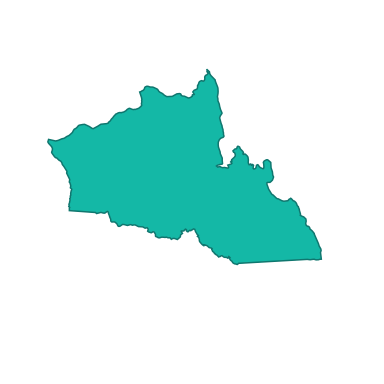 outline of Abangares, Guanacaste, Costa Rica, rotated 224°
{"feature_id": "36466004B17800837418236", "entity_name": "Abangares", "entity_type": "district", "adm_level": 2, "iso_a3": "CRI", "parent_name": "Costa Rica", "parent_adm1": "Guanacaste", "projection": "orthographic", "projection_center": [-85.008, 10.251], "detail": "fine", "context": "isolated", "style": "filled", "palette": "teal", "viewbox_px": 384, "rotation_deg": 224, "n_neighbors": 0, "source": "geoboundaries", "source_scale": "gbopen_adm2", "svg_char_len": 6133}
<svg xmlns="http://www.w3.org/2000/svg" viewBox="0 0 384 384"><g transform="rotate(224 192 192)"><path d="M245.7,110.2L243.3,114.1L241.2,115.2L240.1,116.2L239.9,116.8L239.6,118.7L239.2,119.4L238.5,119.4L237.0,118.5L234.4,117.3L234.2,117.0L231.7,116.0L230.7,115.1L229.9,114.6L228.9,114.7L227.0,116.6L226.0,116.9L223.7,116.9L221.9,116.2L221.1,116.2L220.4,116.8L220.0,117.5L219.4,120.5L218.1,121.5L215.2,123.1L213.8,125.5L213.2,126.2L212.4,126.4L211.8,126.7L211.4,127.2L211.1,127.8L209.9,128.9L206.5,129.9L203.2,132.7L200.6,133.4L199.5,135.1L198.9,135.1L197.7,134.8L197.3,134.3L196.7,133.0L196.2,133.0L195.3,133.2L193.1,134.3L192.8,134.7L192.5,136.3L191.7,136.8L191.0,136.8L188.9,136.2L187.6,134.9L186.8,134.9L185.9,135.4L184.7,135.6L184.2,135.9L183.4,136.6L182.4,138.5L180.8,139.9L179.8,140.6L179.1,141.7L177.4,142.4L176.1,143.8L174.0,143.6L173.5,145.3L172.4,146.4L169.5,147.7L169.2,151.6L170.4,153.2L170.1,155.6L172.0,156.0L172.6,156.3L172.6,156.5L171.5,157.5L170.8,158.5L171.1,159.5L170.9,160.8L170.1,161.0L169.5,160.9L169.3,160.2L167.8,160.2L167.2,160.6L167.1,162.6L166.9,162.9L166.0,163.3L166.0,164.1L165.6,164.7L165.3,166.4L164.1,167.1L161.8,165.9L160.6,165.7L159.4,165.2L157.2,165.1L157.3,163.9L155.6,164.0L155.2,163.8L153.6,162.8L152.8,162.0L151.9,161.6L149.1,161.3L147.6,161.3L146.1,161.6L146.1,161.8L146.8,162.3L146.1,162.9L145.4,163.0L144.5,163.6L143.5,163.9L141.2,163.9L138.8,165.2L138.2,165.2L138.1,164.6L137.8,164.3L136.8,164.1L136.0,163.6L134.1,163.8L133.0,163.3L132.5,163.7L131.6,163.5L130.3,163.9L127.6,163.8L127.4,164.5L126.8,165.4L126.7,166.4L126.1,167.1L124.3,167.2L123.4,167.5L122.6,168.1L122.2,168.8L120.5,169.2L120.7,171.2L119.1,171.2L119.1,170.1L118.5,170.1L117.0,169.7L114.9,169.9L113.8,169.5L112.9,169.5L111.5,169.9L110.5,170.6L109.2,171.2L109.0,171.4L108.9,173.1L62.3,223.6L59.9,225.4L58.0,227.9L57.1,228.7L56.4,228.9L55.5,229.5L53.9,231.2L53.4,232.3L52.3,233.5L57.6,237.8L58.4,239.5L59.7,240.5L63.1,241.5L65.2,242.7L74.7,246.6L75.3,247.1L78.3,247.5L81.6,247.4L82.4,248.0L83.8,248.3L84.4,248.2L85.1,247.5L87.1,247.5L88.4,248.4L89.6,250.3L91.3,251.7L94.3,251.7L96.5,250.8L98.0,250.5L98.3,251.2L98.8,251.6L101.8,253.3L103.0,254.2L104.0,254.5L105.3,255.3L106.8,255.3L108.6,256.2L110.0,256.6L111.9,256.6L113.2,256.0L115.4,256.2L116.6,256.1L116.7,255.2L117.1,254.5L117.0,252.3L119.5,249.2L121.2,248.2L125.2,247.0L126.0,246.4L126.8,246.2L131.6,246.2L132.5,245.9L133.5,245.9L138.9,247.3L142.4,249.1L143.5,249.6L144.5,250.7L144.3,251.4L142.6,253.1L142.4,254.6L142.4,256.5L143.6,259.2L144.3,259.8L145.3,260.0L145.8,260.4L148.2,262.4L151.9,264.3L155.9,268.0L159.6,267.8L160.4,267.4L160.9,266.7L161.6,264.5L161.3,262.9L159.7,261.8L157.7,260.0L157.0,259.0L156.9,258.4L157.4,257.9L159.9,257.0L161.4,257.0L162.9,257.4L163.7,257.3L164.2,256.1L162.8,253.8L162.8,253.1L163.0,252.1L163.8,251.4L164.3,251.4L164.8,251.9L165.6,252.8L166.2,253.9L166.5,254.0L167.5,253.9L167.5,253.2L167.7,252.5L168.0,252.5L168.6,252.9L169.1,253.0L169.4,252.7L169.8,251.3L170.8,251.5L172.2,252.4L173.7,254.2L176.0,256.0L177.4,256.3L179.4,256.3L180.4,256.1L180.9,254.9L181.7,254.7L181.9,254.8L182.4,256.1L183.6,256.5L187.2,256.6L189.0,257.4L190.3,257.1L190.9,256.6L190.8,255.7L190.1,254.5L190.0,254.1L191.0,252.7L191.1,250.0L189.7,249.5L189.1,249.8L188.4,249.8L186.8,248.9L186.0,248.0L185.8,247.4L185.7,246.3L185.9,242.8L185.6,242.4L184.7,241.9L184.7,241.6L185.2,241.2L185.1,240.5L183.8,240.6L183.2,240.3L183.2,239.6L183.5,238.9L184.9,236.2L183.6,235.7L182.7,235.1L182.7,234.4L182.9,234.0L185.7,232.2L186.8,230.8L188.6,229.9L189.6,229.8L190.8,227.8L192.5,227.7L192.4,228.6L191.0,231.3L189.7,232.9L189.8,233.7L192.4,235.9L193.8,237.4L198.2,239.2L199.7,240.4L204.2,242.7L206.0,244.2L207.7,246.1L208.6,248.4L208.7,250.4L208.2,251.7L207.6,252.9L207.6,253.6L207.8,254.4L209.5,255.4L210.4,256.4L211.9,257.3L212.9,258.3L215.3,259.6L216.4,260.5L218.8,261.6L223.6,264.5L224.5,266.4L225.0,269.3L225.5,269.8L228.7,271.1L231.6,272.8L233.5,274.2L236.7,275.6L238.2,277.1L239.9,278.2L241.8,281.0L243.2,282.6L245.5,284.7L246.5,285.3L251.1,287.4L252.8,288.3L253.2,288.7L259.4,288.9L261.5,289.5L263.0,290.6L266.8,290.5L265.8,290.1L265.3,289.7L264.8,288.9L262.9,288.8L262.8,288.6L262.7,286.7L263.2,285.5L263.1,284.4L262.7,283.5L261.3,282.2L260.6,280.8L260.8,279.8L261.0,279.4L262.3,278.9L262.7,278.4L263.3,276.6L262.9,275.2L262.2,273.9L262.0,272.5L260.6,271.0L260.0,269.9L260.0,269.4L260.6,267.8L261.1,266.8L261.0,264.8L260.8,264.5L258.2,263.8L258.2,263.5L259.2,262.2L259.0,261.7L258.3,261.0L258.8,259.0L259.2,258.0L259.9,257.1L263.9,255.7L265.7,254.3L267.3,254.1L267.7,254.6L268.5,254.6L269.4,254.1L271.1,252.0L272.6,247.1L276.4,243.1L279.1,242.4L280.7,242.4L282.1,242.2L284.7,241.4L285.9,241.4L287.8,241.9L288.8,241.8L292.5,240.5L293.2,240.1L295.2,238.3L296.5,237.8L297.9,236.8L298.6,235.2L298.6,234.4L297.7,232.5L297.7,231.2L298.2,230.3L298.3,229.2L299.1,227.6L294.0,224.9L292.3,223.7L291.7,222.7L290.7,222.0L289.7,220.3L288.4,219.5L288.2,217.9L288.5,215.2L290.1,212.0L290.5,211.8L291.3,210.7L292.8,209.7L294.1,209.3L295.3,208.6L295.8,207.2L296.0,206.2L296.0,204.4L296.9,201.5L297.6,200.8L298.0,199.8L299.0,199.2L299.5,198.5L300.1,197.5L300.5,196.0L301.0,194.9L300.8,193.3L300.9,191.9L300.6,190.8L300.6,188.3L300.2,186.5L300.5,184.2L300.1,183.6L300.8,182.0L304.6,177.5L305.5,173.8L307.0,169.1L307.9,168.4L311.3,167.8L316.2,166.1L317.4,164.8L319.3,162.1L319.8,161.0L319.6,158.4L319.8,156.8L320.3,155.5L320.1,154.0L319.4,151.8L319.6,148.3L319.7,147.3L320.7,144.7L321.2,142.0L322.6,139.8L324.1,136.2L325.5,134.0L331.7,130.2L330.5,127.9L329.0,127.4L324.5,127.1L322.7,126.4L321.6,125.2L320.6,123.1L319.8,122.7L315.5,121.9L314.7,121.9L314.0,121.9L313.1,122.5L309.4,122.5L308.7,122.8L307.6,123.0L305.9,122.6L304.4,121.7L302.0,121.4L296.7,120.1L296.0,119.7L295.4,118.6L295.0,118.4L289.0,116.2L288.5,115.9L287.2,113.9L286.2,113.8L283.9,112.5L283.3,112.0L282.4,110.5L280.6,110.6L280.3,110.3L279.7,108.9L278.5,107.0L277.9,106.3L277.0,105.6L276.8,104.6L275.6,103.5L275.3,102.3L274.5,101.8L273.6,100.8L273.4,100.2L272.7,99.3L272.0,97.7L270.9,96.9L270.6,96.0L269.3,96.0L269.1,95.3L267.3,93.4L247.2,110.2L245.7,110.2Z" fill="#14b8a6" stroke="#0f766e" stroke-width="1.5"/></g></svg>